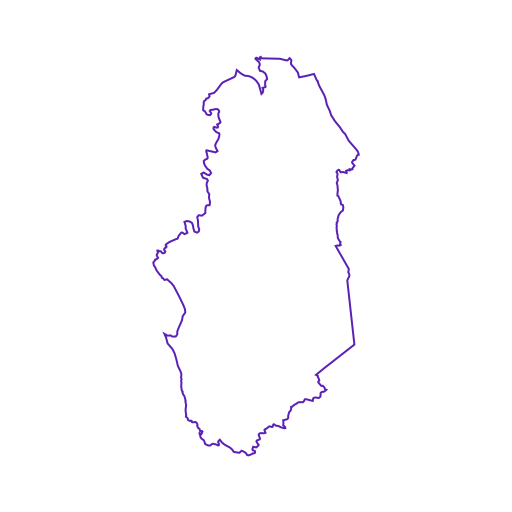 Matuga, Coast, Kenya, rotated 310°
{"feature_id": "3690345B44835557589557", "entity_name": "Matuga", "entity_type": "district", "adm_level": 2, "iso_a3": "KEN", "parent_name": "Kenya", "parent_adm1": "Coast", "projection": "natural_earth1", "projection_center": [39.399, -4.239], "detail": "fine", "context": "isolated", "style": "outline", "palette": "violet", "viewbox_px": 512, "rotation_deg": 310, "n_neighbors": 0, "source": "geoboundaries", "source_scale": "gbopen_adm2", "svg_char_len": 6105}
<svg xmlns="http://www.w3.org/2000/svg" viewBox="0 0 512 512"><g transform="rotate(310 256 256)"><path d="M81.6,329.8L81.1,331.5L81.3,334.2L80.9,335.4L79.3,337.9L79.9,340.6L81.1,342.6L84.0,343.3L84.6,343.8L86.0,346.6L86.5,348.8L87.2,349.1L88.2,348.4L89.2,346.5L90.7,346.2L92.0,346.4L91.2,350.2L91.3,353.2L92.5,359.3L92.4,362.4L91.7,364.4L91.9,365.4L94.6,369.8L97.5,370.1L97.9,370.9L98.5,374.0L98.4,375.7L97.8,376.6L98.3,378.3L101.6,380.2L102.7,380.4L103.6,381.4L104.6,381.7L105.7,380.9L105.9,380.2L105.1,378.4L105.6,377.5L106.4,377.1L108.1,376.5L109.5,379.2L112.2,379.6L113.1,379.4L113.4,377.6L114.2,375.5L115.1,375.2L117.9,376.7L118.8,376.3L120.7,373.0L122.1,372.7L123.3,373.4L125.4,376.2L126.7,376.9L128.1,374.3L128.7,374.2L131.3,375.2L133.5,375.5L134.2,375.9L135.3,378.2L136.0,378.5L136.6,378.0L138.2,377.6L138.7,378.1L138.7,380.1L140.2,382.4L140.7,385.0L142.1,388.1L142.5,388.8L143.0,389.1L143.6,388.4L143.8,387.5L143.8,385.7L145.8,384.3L147.6,382.4L150.8,384.7L151.7,384.9L152.7,384.7L154.4,383.3L157.6,381.8L159.8,381.9L161.3,381.3L163.0,379.9L163.6,380.5L166.9,381.1L168.5,381.8L171.2,382.5L174.3,386.0L175.9,386.0L177.6,385.5L178.7,386.8L181.4,392.6L183.9,391.3L184.6,391.6L185.3,392.0L186.2,393.0L187.6,395.4L189.4,395.7L190.2,395.4L192.4,393.7L193.2,393.6L194.6,394.0L195.1,394.9L196.7,395.6L198.7,395.9L198.3,394.5L199.3,392.9L199.4,391.3L199.5,390.5L198.7,389.9L198.5,389.4L199.1,385.5L199.5,384.6L200.4,384.4L201.1,384.6L201.8,384.0L203.1,381.2L203.9,380.4L203.5,378.4L213.7,380.3L251.4,388.3L296.0,341.6L300.6,340.4L301.9,339.3L302.9,337.1L305.4,335.7L305.8,335.2L314.9,310.6L316.2,311.5L317.8,313.4L318.9,313.8L319.2,312.7L321.0,311.9L320.9,311.2L322.4,307.1L324.7,304.9L325.4,303.7L326.6,302.6L327.3,301.5L327.9,301.2L329.5,299.4L330.7,298.9L331.9,297.4L332.8,297.1L333.4,296.3L334.8,296.4L336.9,294.7L340.3,293.1L343.9,292.7L346.7,293.3L349.2,291.8L350.7,290.1L350.9,289.5L350.2,288.1L350.9,286.9L351.6,286.6L352.7,285.0L354.8,280.6L354.6,279.5L357.7,277.2L358.9,276.6L362.6,272.8L364.1,270.7L366.7,270.0L368.9,267.1L371.1,265.9L371.5,265.4L372.0,263.7L373.7,263.4L375.2,263.9L375.4,264.6L374.8,266.1L374.6,267.2L376.2,268.5L377.8,272.1L378.4,271.7L379.1,270.3L380.6,270.9L381.8,272.8L382.6,273.0L382.9,272.3L383.9,273.9L384.5,274.1L385.0,273.6L385.6,273.5L388.5,273.4L389.2,269.8L389.7,269.2L392.2,269.0L392.9,269.8L393.9,270.2L397.2,269.1L398.8,268.9L399.6,269.6L400.5,268.5L401.4,267.0L402.1,264.3L403.9,252.9L406.8,245.8L407.0,242.5L407.6,241.0L408.0,239.0L408.4,238.4L410.1,229.5L412.2,223.0L414.6,219.2L417.4,213.1L420.9,208.6L423.1,204.9L426.9,195.3L428.8,191.8L429.6,191.1L429.5,190.4L430.0,189.0L432.7,183.4L425.9,178.5L420.6,174.2L423.5,170.0L424.8,164.3L425.0,161.7L425.5,159.5L426.9,158.3L428.2,157.7L428.8,156.9L429.2,154.6L426.8,154.5L425.6,154.0L422.5,147.6L410.6,132.7L411.5,131.7L410.8,131.3L410.1,131.6L409.0,132.6L408.3,129.1L407.5,128.6L406.7,128.8L406.4,133.7L406.1,134.6L405.1,135.8L404.2,136.3L402.6,136.6L402.0,137.0L400.4,140.1L401.7,142.5L401.8,145.9L400.9,147.8L399.5,149.8L398.6,150.8L395.8,150.7L392.7,153.2L392.2,154.2L391.4,154.6L389.0,153.0L388.2,154.5L386.7,155.6L385.4,156.1L383.7,156.0L389.2,147.9L390.3,144.0L390.5,141.5L390.3,138.4L389.5,135.8L388.8,134.1L387.2,132.1L386.5,129.8L386.1,126.5L386.1,121.8L381.1,124.2L379.4,124.4L367.9,119.1L365.6,118.8L358.1,119.3L354.0,119.0L349.7,116.1L348.6,117.7L348.0,117.9L345.9,117.7L344.5,116.7L343.0,117.2L341.5,116.7L340.1,117.1L338.8,118.4L336.7,119.5L333.8,121.7L333.7,122.6L334.0,123.5L333.8,124.6L332.9,126.8L332.9,127.7L333.9,129.8L334.5,130.3L336.2,130.3L336.7,129.6L337.3,127.4L338.2,127.2L339.4,127.9L340.6,129.3L342.0,130.0L343.8,132.2L343.6,134.1L343.2,134.6L342.7,135.2L341.0,135.5L339.0,137.2L337.5,139.4L336.2,142.0L335.6,142.8L334.7,142.9L334.1,142.5L332.9,142.4L331.8,141.7L331.0,143.3L330.5,143.9L329.8,144.1L328.8,143.0L328.1,141.0L327.3,140.9L326.4,141.4L325.9,142.1L325.4,145.9L326.3,148.9L326.0,149.5L324.4,150.7L321.5,152.0L316.8,152.8L314.7,153.5L314.1,154.0L312.8,156.1L311.6,159.1L309.4,158.4L305.2,150.2L304.5,150.3L300.6,155.5L300.0,155.9L299.2,156.1L297.0,155.1L295.2,154.9L293.5,156.7L292.4,159.1L291.5,162.5L291.8,165.6L290.7,168.3L287.9,168.3L286.8,166.0L286.3,162.2L283.7,161.3L281.9,165.1L283.4,168.9L282.8,170.7L280.2,171.4L278.3,172.8L276.8,175.0L274.2,177.4L273.4,180.4L270.3,182.6L267.9,186.0L265.1,187.8L263.0,185.6L260.5,186.3L256.2,189.6L252.1,188.6L250.4,185.9L248.0,186.0L245.7,188.9L241.4,192.8L240.0,195.3L238.0,196.4L236.0,195.8L235.1,193.0L237.1,190.1L238.7,188.3L240.2,185.7L239.8,183.0L238.2,180.4L236.1,179.3L233.9,182.7L231.8,184.5L229.8,188.4L229.1,188.4L226.8,187.1L226.7,184.7L226.3,184.0L225.3,183.7L221.5,183.8L219.3,184.7L218.5,184.6L217.8,184.0L211.1,180.7L207.3,179.6L206.5,179.7L205.9,180.2L205.9,181.2L205.4,181.6L204.5,181.6L203.8,181.1L202.3,181.2L201.6,181.7L201.2,183.6L199.9,184.0L199.0,183.6L198.2,182.9L198.0,181.8L198.5,180.2L197.5,178.9L197.5,178.0L197.2,177.4L196.7,177.0L195.7,178.6L193.1,179.2L192.5,179.8L191.6,182.2L189.5,181.8L188.9,181.3L188.2,181.1L187.3,181.5L185.0,181.5L183.1,183.9L182.5,186.3L181.7,187.5L180.9,189.7L180.2,192.7L179.8,194.5L179.8,196.4L178.8,198.0L179.2,199.3L178.8,200.7L179.1,201.6L181.0,202.8L180.8,208.9L180.0,212.5L175.6,223.2L171.7,231.9L169.7,235.6L167.7,237.8L166.8,238.2L162.9,238.5L159.2,240.6L149.4,243.5L147.3,244.4L145.6,245.9L143.5,246.3L142.7,246.2L140.8,244.1L140.4,243.3L140.3,241.7L138.1,239.4L137.5,235.9L135.6,239.7L132.2,244.5L131.0,251.8L129.1,256.2L125.8,261.2L121.5,266.9L119.4,271.7L118.0,274.2L117.4,274.9L114.5,276.9L113.6,278.3L112.4,278.8L110.8,280.5L107.8,282.7L105.3,285.6L104.8,287.2L104.1,287.5L103.6,288.4L103.1,289.3L102.7,291.0L101.2,293.4L100.3,294.4L100.0,295.1L99.2,295.4L97.0,298.2L92.8,301.0L89.9,303.9L89.5,304.7L88.3,305.2L87.8,305.8L87.9,307.7L86.7,309.4L87.2,311.5L88.0,311.9L88.3,312.7L87.6,313.6L88.0,314.6L90.0,316.3L89.9,318.2L89.3,319.4L88.8,319.9L88.1,320.1L87.7,320.8L87.1,322.1L87.3,323.6L86.1,325.7L87.2,327.2L87.0,327.9L86.3,327.8L85.1,328.6L84.5,328.6L84.1,326.6L83.5,327.0L82.8,328.5L81.6,329.8Z" fill="none" stroke="#5b21b6" stroke-width="2"/></g></svg>